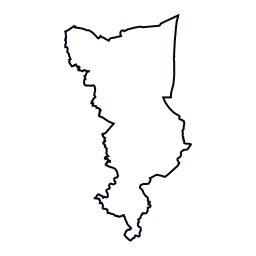 the district of Tha Wung, Lop Buri, Thailand
{"feature_id": "78962969B60837596961225", "entity_name": "Tha Wung", "entity_type": "district", "adm_level": 2, "iso_a3": "THA", "parent_name": "Thailand", "parent_adm1": "Lop Buri", "projection": "mercator", "projection_center": [100.49, 14.806], "detail": "fine", "context": "isolated", "style": "outline", "palette": "ink", "viewbox_px": 256, "rotation_deg": 0, "n_neighbors": 0, "source": "geoboundaries", "source_scale": "gbopen_adm2", "svg_char_len": 5824}
<svg xmlns="http://www.w3.org/2000/svg" viewBox="0 0 256 256"><path d="M65.2,31.6L65.8,33.1L65.8,35.0L66.0,36.5L66.0,38.4L65.5,38.5L65.1,40.0L65.7,40.2L65.7,40.9L65.9,41.5L66.0,42.8L65.5,44.4L65.2,44.9L65.5,45.4L65.3,46.1L65.3,47.2L66.8,47.2L67.2,47.5L67.4,48.0L67.7,49.6L67.3,51.5L67.5,52.4L68.6,53.4L68.8,53.8L69.1,55.6L70.6,59.1L69.1,59.9L69.6,60.7L69.5,61.8L69.2,62.2L69.6,63.1L71.9,66.4L73.0,66.1L73.8,65.5L74.3,65.5L74.5,65.0L75.2,64.9L75.9,64.5L77.3,67.0L78.3,66.5L79.2,66.7L79.5,67.2L79.5,67.7L78.8,69.1L78.2,69.2L78.4,70.2L79.6,70.4L80.6,70.4L82.3,71.2L83.0,71.0L84.1,70.1L84.8,70.1L86.2,71.0L89.0,71.2L88.9,71.5L87.2,71.5L85.6,75.4L84.4,76.1L85.3,77.9L85.4,78.9L85.4,79.1L84.6,79.1L84.5,79.8L84.0,81.2L84.0,81.9L84.2,83.5L84.6,84.7L85.8,85.5L90.4,85.6L91.1,85.8L93.2,85.3L94.0,85.7L94.8,86.9L94.9,88.2L95.1,89.1L95.2,90.4L94.5,93.2L94.2,95.1L94.4,95.4L94.7,95.7L95.4,97.0L93.8,98.5L93.5,98.5L92.8,100.4L92.0,101.3L91.7,101.4L91.7,102.1L91.9,102.2L91.4,103.3L92.7,103.6L92.8,103.9L93.0,103.8L92.7,104.9L92.7,105.8L93.8,105.6L96.2,106.3L96.2,106.8L96.4,106.9L96.4,107.8L98.5,108.1L98.7,108.5L99.4,108.8L100.1,109.3L99.9,109.8L100.3,110.1L100.0,110.5L100.5,110.7L100.1,111.3L99.9,112.1L99.7,112.1L99.6,113.2L99.0,113.9L99.5,115.0L99.0,116.0L103.0,117.7L106.9,120.4L109.5,121.9L113.7,123.6L106.1,132.4L104.8,133.5L103.9,133.7L102.9,133.7L102.3,134.2L102.2,134.5L102.9,135.2L103.0,136.2L103.2,136.6L103.7,137.2L104.2,137.3L105.2,138.1L104.5,139.1L104.4,139.5L105.0,140.7L105.3,141.0L105.3,141.3L104.5,141.8L103.8,141.8L103.4,142.4L103.2,143.0L103.6,143.8L104.4,144.2L104.5,144.7L105.2,145.3L105.2,145.8L104.8,146.3L104.8,146.7L106.0,147.8L106.8,148.7L106.5,149.9L106.7,151.7L106.4,152.4L106.3,153.2L107.4,155.4L108.2,156.2L106.8,156.5L106.5,156.8L105.4,157.1L104.8,157.8L104.9,158.5L105.4,159.0L106.5,158.5L107.1,158.6L107.3,159.1L107.8,159.2L107.8,159.8L107.9,160.1L110.0,160.8L110.1,161.5L109.9,161.9L109.2,161.7L107.1,162.0L107.0,163.3L106.1,163.6L105.6,164.7L107.1,165.7L108.2,166.2L109.4,166.7L113.4,167.9L115.1,168.9L116.1,170.1L117.0,171.8L117.6,174.4L118.1,175.9L117.0,177.5L116.7,177.6L115.6,177.6L114.6,178.2L114.2,178.8L114.1,179.2L114.6,181.3L115.1,181.5L115.4,182.0L115.5,182.9L115.2,183.4L114.3,184.1L113.7,184.3L112.5,184.2L110.7,183.6L110.4,183.7L109.7,184.1L109.2,185.1L109.0,185.9L109.2,186.7L109.8,187.7L109.7,188.3L108.9,188.9L107.1,189.5L106.5,190.0L106.3,190.6L106.4,191.4L107.4,193.0L107.9,195.8L107.8,196.5L107.4,197.1L106.6,197.4L105.0,196.9L104.4,196.9L104.1,197.1L103.5,197.7L103.1,197.8L102.7,197.2L102.8,196.6L102.4,196.0L100.8,195.6L98.6,194.3L98.3,194.3L97.7,194.7L96.8,195.8L96.3,196.9L94.8,198.0L94.0,198.3L95.2,198.3L97.7,198.7L98.8,198.6L98.9,199.1L99.5,199.3L99.6,199.7L99.4,200.1L99.4,200.4L99.7,200.7L100.1,200.8L100.3,201.5L99.9,203.1L102.0,203.1L102.3,204.2L103.0,205.3L102.9,206.6L102.5,207.7L102.6,208.2L102.9,208.6L103.3,208.7L105.1,208.8L106.2,209.3L107.3,209.5L107.5,210.0L107.5,212.7L107.8,213.1L108.0,213.2L108.8,212.8L110.2,213.3L111.3,213.9L112.7,214.0L114.6,215.0L115.4,215.9L116.2,216.0L117.8,216.0L118.3,216.6L118.6,216.8L121.5,216.1L123.0,215.2L123.9,215.2L124.1,216.6L124.8,217.2L125.1,218.8L127.7,224.6L130.0,227.1L130.9,227.8L131.1,228.3L131.0,228.7L130.4,229.0L129.5,229.9L129.2,229.9L128.3,229.5L126.1,231.3L125.8,231.6L125.5,232.9L124.6,234.2L124.6,235.1L124.7,235.4L126.9,237.8L129.5,240.1L130.4,240.6L131.5,239.8L132.9,238.2L134.3,237.9L134.5,237.1L135.0,236.4L135.3,235.5L136.7,235.7L138.4,236.6L139.0,236.4L139.7,235.9L139.6,232.4L140.1,231.8L140.4,231.0L140.8,230.6L140.8,229.0L140.5,227.5L139.8,227.0L139.0,226.9L137.9,225.5L137.9,223.1L138.6,222.5L139.0,222.0L138.2,219.5L140.5,218.1L140.6,216.9L140.9,215.9L141.6,215.2L142.0,214.3L142.0,214.0L142.2,213.7L142.7,213.5L143.0,213.2L143.4,213.6L144.2,213.3L145.5,213.4L146.3,213.1L146.7,212.4L147.2,212.0L147.8,209.6L147.7,207.7L148.2,207.4L149.8,207.3L150.5,206.3L150.6,205.6L150.3,205.1L148.6,204.5L148.2,203.9L148.3,203.5L149.5,203.0L149.9,202.2L149.6,201.7L148.4,201.5L147.9,201.1L147.8,200.6L148.0,198.5L147.8,197.8L145.1,195.4L143.3,192.5L142.3,189.9L140.6,188.4L140.0,187.6L140.0,186.7L140.8,185.0L143.0,184.1L143.9,184.0L147.5,183.9L148.8,183.5L149.8,181.7L150.6,179.6L150.4,179.0L149.8,178.2L152.7,176.9L155.4,175.3L156.3,174.9L157.3,174.9L159.4,175.3L162.7,176.1L164.9,176.9L168.3,174.3L177.6,165.9L178.6,163.9L179.2,163.5L179.0,162.4L177.8,160.9L177.5,160.3L177.4,159.1L178.0,158.3L180.1,156.9L180.5,156.4L181.0,155.0L180.9,153.2L180.9,152.6L181.1,152.1L183.6,149.9L185.0,149.9L187.6,149.2L190.4,145.2L190.9,144.7L190.6,144.1L189.0,143.8L186.0,143.7L184.5,143.2L184.0,142.5L184.2,141.2L183.9,140.0L183.4,139.9L183.4,138.0L183.2,137.9L183.2,137.1L182.9,137.1L182.9,136.4L182.6,135.5L182.9,133.4L182.4,130.9L182.6,130.5L183.4,129.4L183.7,128.5L183.8,125.9L184.3,123.9L184.2,123.2L184.0,122.5L184.2,121.9L184.1,121.5L183.3,120.7L182.6,120.6L181.6,119.7L180.1,119.4L179.5,118.8L179.3,118.7L179.5,116.3L178.7,115.6L174.9,113.3L172.9,111.8L169.8,108.6L167.4,105.5L165.8,103.1L164.1,99.8L163.2,97.4L170.9,97.4L171.0,93.5L173.3,84.5L173.6,82.3L174.2,75.6L174.2,62.1L173.9,58.7L173.9,57.0L174.3,56.6L174.1,55.9L174.2,54.9L174.1,54.1L174.8,40.9L176.0,27.5L176.7,21.5L178.0,16.8L178.2,15.4L163.5,22.2L161.6,23.4L160.8,23.5L159.9,25.3L159.5,25.7L143.4,27.2L140.1,26.7L139.4,26.8L134.7,27.6L128.3,29.3L126.7,29.9L124.4,31.2L123.4,30.4L122.1,30.5L120.9,31.3L120.4,32.5L120.3,33.5L120.5,34.4L121.1,36.1L117.9,36.7L114.2,37.7L113.1,37.7L111.9,38.1L110.4,38.3L109.9,38.7L108.8,40.7L104.7,38.5L103.6,37.6L102.4,37.4L101.4,37.0L100.6,35.9L99.8,36.7L99.0,38.2L98.6,38.4L98.2,38.3L97.4,37.8L96.9,37.0L93.4,33.4L92.0,32.2L90.1,31.1L89.3,30.4L86.5,30.2L84.6,29.3L82.4,28.6L79.8,28.1L76.4,27.7L76.2,27.6L75.8,26.8L74.8,27.4L74.1,26.1L72.8,26.9L68.3,30.1L65.2,31.6Z" fill="none" stroke="#020617" stroke-width="2"/></svg>